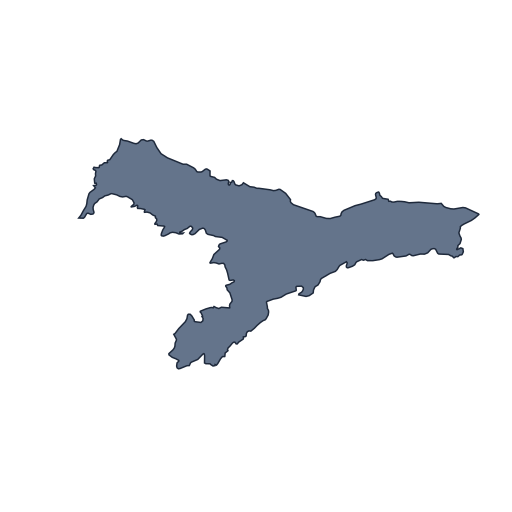 the border of Assam, rotated 26°
{"feature_id": "IND-2477", "entity_name": "Assam", "entity_type": "State", "adm_level": 1, "iso_a3": "IND", "parent_name": "India", "parent_adm1": "", "projection": "natural_earth1", "projection_center": [92.64, 26.061], "detail": "fine", "context": "isolated", "style": "filled", "palette": "slate", "viewbox_px": 512, "rotation_deg": 26, "n_neighbors": 0, "source": "natural_earth", "source_scale": "10m", "svg_char_len": 6101}
<svg xmlns="http://www.w3.org/2000/svg" viewBox="0 0 512 512"><g transform="rotate(26 256 256)"><path d="M83.4,209.7L85.3,210.2L86.5,210.1L90.2,209.0L96.8,208.3L99.0,207.7L100.5,206.2L102.0,202.0L103.9,200.7L107.1,200.7L108.2,200.3L110.8,197.9L112.0,197.5L113.9,197.8L119.3,202.0L125.8,205.7L133.3,206.6L150.2,205.5L153.4,203.9L161.3,204.1L163.3,204.6L165.8,206.1L167.0,206.0L169.8,204.6L170.6,203.8L172.4,200.2L173.4,199.4L174.2,199.3L177.4,199.7L179.3,203.7L180.0,204.4L184.3,203.5L186.8,204.3L190.6,204.0L196.0,200.5L197.7,200.2L198.8,200.8L199.3,203.0L199.9,203.9L200.8,204.1L201.3,203.3L201.2,202.1L200.6,201.2L201.8,200.5L201.7,198.6L202.5,198.3L203.6,198.8L205.4,200.5L206.4,201.0L210.0,200.4L212.1,198.1L212.6,195.7L220.1,196.4L224.1,195.0L227.0,194.8L229.1,193.8L239.7,190.3L243.1,189.6L245.1,188.3L247.3,186.0L248.5,185.6L255.2,186.7L262.3,190.2L262.8,191.7L263.9,192.7L267.1,193.5L287.7,191.0L289.2,191.3L290.3,191.8L292.7,193.9L293.8,193.8L296.5,192.5L302.7,191.4L306.3,189.8L310.1,186.4L313.9,183.5L314.4,182.3L313.9,180.3L314.0,178.5L315.1,176.3L323.0,167.3L327.8,163.2L338.0,153.4L338.8,151.8L338.4,150.7L336.5,148.4L336.2,147.3L336.6,146.3L338.0,144.8L338.4,144.8L339.3,145.4L340.7,147.1L342.7,147.7L344.4,148.7L349.9,147.1L351.4,148.6L352.9,147.8L354.4,147.9L356.2,147.2L359.1,144.9L362.3,143.4L365.8,142.1L370.2,141.1L378.8,136.3L396.1,129.6L399.4,127.5L403.0,129.1L405.4,129.2L410.3,128.2L413.3,127.0L420.7,121.7L423.2,120.9L437.6,120.6L438.1,121.0L436.1,125.8L434.0,129.6L429.0,136.0L427.5,138.3L426.8,140.0L427.5,141.5L428.2,146.3L430.5,148.6L432.4,149.9L433.3,151.2L433.9,155.4L433.0,157.8L433.0,158.6L433.6,159.5L433.3,161.5L433.5,162.1L433.8,162.2L434.2,161.9L436.5,158.9L438.7,158.7L440.5,161.3L440.6,163.9L440.4,164.7L438.6,165.9L437.7,168.1L435.8,168.9L435.1,170.5L434.5,170.9L432.5,170.1L431.1,170.4L428.4,170.2L419.4,174.1L418.1,173.9L414.5,171.2L413.0,171.2L411.7,171.9L410.3,173.3L408.9,177.9L406.7,180.4L402.8,182.2L397.3,186.8L395.9,187.3L393.7,187.0L392.8,187.3L390.8,190.2L383.2,195.3L382.0,195.6L380.2,195.4L378.1,193.9L377.3,193.7L374.8,196.2L370.5,203.3L368.6,205.1L363.0,209.0L358.2,211.3L356.0,211.1L354.4,212.7L352.4,212.9L349.0,217.1L348.7,218.0L348.6,220.6L347.2,222.9L344.2,226.0L343.2,226.6L342.1,226.3L341.5,225.3L341.1,222.3L339.8,221.5L335.5,227.7L335.2,229.0L334.9,232.6L334.1,235.0L330.2,239.1L324.7,247.4L324.3,248.8L324.8,251.1L324.4,254.9L322.7,257.5L322.5,258.4L322.6,261.4L323.6,264.1L321.2,268.3L318.7,270.4L311.4,272.2L311.2,271.1L312.8,268.7L313.2,267.1L313.1,265.1L312.4,263.7L310.2,263.1L305.9,265.4L305.5,266.5L307.2,269.1L307.1,269.8L299.9,276.9L296.6,282.1L293.9,284.6L290.5,287.1L285.8,292.0L285.6,292.7L285.9,293.3L288.5,296.7L289.2,298.1L291.0,299.4L291.9,300.8L292.8,303.7L292.6,307.8L292.3,309.2L290.7,311.0L289.1,313.9L287.4,317.9L286.2,321.7L284.3,325.8L282.5,326.4L281.4,327.9L281.3,329.8L282.2,332.2L281.6,333.3L280.1,334.2L280.8,335.5L280.9,336.3L278.2,341.0L277.7,343.2L276.7,343.7L274.7,342.7L273.6,343.4L273.0,344.6L272.1,348.4L271.2,350.9L271.4,352.6L272.3,353.4L270.8,356.7L272.0,360.0L271.4,360.5L270.4,360.7L269.9,361.3L269.2,363.8L268.8,369.3L268.3,371.4L266.8,371.5L267.2,372.5L265.6,373.7L262.8,373.4L262.0,373.0L258.1,374.8L256.6,374.7L253.5,368.1L252.4,366.7L251.9,366.6L251.3,367.4L249.0,374.5L244.5,379.7L244.0,380.7L244.1,383.7L242.0,384.9L237.0,390.5L235.7,391.4L234.1,391.1L232.9,389.7L231.9,386.7L232.7,384.3L232.4,383.7L229.2,383.5L225.1,383.8L221.1,383.0L220.5,381.9L222.5,376.8L222.9,374.7L222.7,372.7L221.5,369.7L221.4,366.8L221.0,365.7L216.4,362.4L217.2,361.2L218.4,355.1L221.3,346.0L221.4,342.6L220.4,339.2L220.7,338.0L222.4,337.2L224.6,338.0L228.6,340.6L228.9,341.5L229.9,341.8L235.6,339.9L236.6,337.7L235.9,335.4L234.0,334.1L234.4,333.6L234.2,333.3L231.8,331.3L230.3,330.7L230.2,330.0L234.2,325.5L237.5,322.5L238.9,321.6L240.2,321.4L240.4,319.8L242.8,319.9L245.6,319.5L247.4,317.2L254.7,314.4L255.1,314.0L254.0,312.3L253.6,310.6L254.3,307.4L253.8,305.9L248.7,300.6L244.9,299.0L243.9,297.5L242.0,296.4L241.8,295.9L242.0,295.4L244.9,292.9L246.1,290.7L247.3,289.3L247.6,288.6L247.3,287.6L246.0,287.5L243.8,289.1L243.0,289.4L242.3,289.3L238.1,284.0L235.6,281.3L233.0,279.3L231.9,277.7L230.1,276.8L228.4,277.6L226.2,279.4L223.3,279.7L221.0,280.4L218.2,282.4L217.7,282.4L217.5,282.1L217.9,277.5L217.5,273.1L220.3,266.0L219.9,264.6L218.2,264.0L218.0,263.2L218.0,261.7L218.5,260.8L223.0,256.4L223.5,255.2L223.2,254.5L217.4,254.1L210.9,256.3L209.0,256.2L203.3,257.6L201.4,257.3L199.0,254.8L197.6,254.1L196.6,254.1L195.7,254.5L193.4,257.0L191.4,262.6L190.0,264.4L188.7,265.1L186.9,265.0L186.3,264.6L186.4,263.0L187.2,260.3L187.1,259.2L186.7,258.5L184.9,257.7L184.0,257.9L183.5,258.4L182.1,261.4L180.0,263.7L178.8,266.0L177.0,268.0L177.2,268.4L178.5,268.5L180.6,267.2L180.3,268.2L177.1,270.0L173.8,270.2L170.5,271.3L168.7,272.8L167.8,274.4L165.2,277.7L164.1,278.7L162.4,279.2L161.6,278.8L161.1,277.1L160.8,273.4L161.1,270.3L160.9,269.5L160.0,269.5L154.3,271.7L153.1,270.7L151.3,271.8L151.0,271.6L150.9,271.0L151.3,269.1L151.2,267.4L150.4,266.2L148.8,265.7L148.1,264.3L145.2,264.4L141.9,263.7L138.8,264.3L136.6,265.6L136.1,264.8L136.0,263.1L135.2,263.0L131.6,263.9L128.8,265.1L128.2,264.6L127.8,262.8L126.8,262.5L125.0,264.7L122.4,266.6L122.2,266.5L122.3,265.8L123.5,263.0L123.1,261.7L120.2,259.6L114.5,259.1L113.1,259.3L110.2,261.4L107.6,262.1L104.0,262.1L99.2,263.1L98.3,263.6L96.5,265.9L93.7,268.3L92.5,270.7L90.1,273.4L89.4,277.0L88.0,279.5L87.8,281.1L88.2,283.7L89.3,285.6L91.2,287.7L91.4,288.5L91.1,289.7L89.2,291.0L86.5,291.1L85.5,291.6L85.2,292.5L84.9,296.4L84.3,297.7L80.0,299.6L80.8,296.1L81.0,290.8L81.5,285.9L81.0,283.2L79.7,279.6L78.6,273.3L78.9,271.6L81.4,266.8L81.7,265.1L79.2,263.9L81.2,262.7L81.4,261.8L80.5,260.6L79.4,261.3L79.1,261.2L77.1,258.0L76.8,257.4L76.8,254.4L75.6,252.3L75.0,250.1L74.3,249.5L72.2,249.5L71.4,249.0L71.5,247.2L73.2,246.8L76.0,245.5L76.2,245.0L75.7,243.2L75.9,242.8L77.4,241.9L78.8,238.7L81.5,237.3L81.6,236.9L80.7,235.9L80.7,235.0L82.4,233.5L83.3,227.3L84.2,224.6L85.1,223.0L84.6,215.7L83.1,210.6L83.4,209.7Z" fill="#64748b" stroke="#1e293b" stroke-width="1.5"/></g></svg>